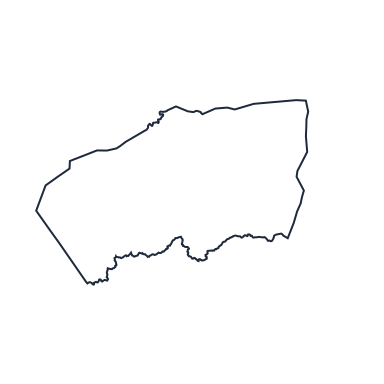 outline of Teshig, Bulgan, Mongolia, rotated 150°
{"feature_id": "93677404B98816227720270", "entity_name": "Teshig", "entity_type": "district", "adm_level": 2, "iso_a3": "MNG", "parent_name": "Mongolia", "parent_adm1": "Bulgan", "projection": "mercator", "projection_center": [103.202, 50.045], "detail": "fine", "context": "isolated", "style": "outline", "palette": "slate", "viewbox_px": 384, "rotation_deg": 150, "n_neighbors": 0, "source": "geoboundaries", "source_scale": "gbopen_adm2", "svg_char_len": 5985}
<svg xmlns="http://www.w3.org/2000/svg" viewBox="0 0 384 384"><g transform="rotate(150 192 192)"><path d="M56.4,197.9L51.2,203.5L47.7,214.2L55.9,219.5L94.5,237.5L113.7,242.1L119.3,247.5L130.1,252.6L143.6,254.1L144.0,254.1L144.2,254.5L144.3,254.6L144.3,255.1L144.3,255.3L144.6,255.7L144.6,255.9L144.7,256.3L144.6,256.7L144.6,257.0L144.9,257.3L145.1,257.6L145.2,257.8L145.7,258.1L146.0,258.5L146.3,258.9L147.3,259.8L147.7,260.1L148.0,260.2L148.6,260.3L149.6,260.3L150.9,260.5L155.3,264.0L163.1,274.1L172.4,275.0L172.7,274.8L172.9,274.8L173.8,274.8L174.1,274.8L174.4,274.9L174.8,275.0L175.1,275.1L175.7,275.4L176.2,275.5L176.9,275.8L177.3,276.1L178.0,276.7L179.1,277.4L179.3,277.4L179.9,277.3L180.1,277.2L180.5,276.7L180.8,275.8L180.9,275.2L180.9,274.9L180.3,274.6L179.2,274.4L178.6,274.1L178.4,273.8L178.3,273.6L178.3,273.3L178.4,273.1L179.6,272.2L179.8,272.1L180.5,272.2L180.8,272.1L181.0,272.1L182.7,270.8L182.9,270.8L183.1,270.9L183.6,271.2L184.4,271.5L184.7,271.7L184.9,271.7L185.3,271.6L185.5,271.3L185.6,271.0L185.5,270.2L185.6,269.9L185.6,269.7L185.8,269.3L185.9,269.1L186.7,268.6L186.8,268.7L186.9,268.8L187.3,269.6L187.5,269.9L187.8,270.1L188.0,270.2L188.6,270.3L189.3,270.5L190.5,271.2L190.8,271.3L191.1,271.2L191.4,271.1L191.8,270.5L192.3,269.9L193.0,269.4L193.2,269.2L193.6,269.2L193.7,269.3L193.8,269.5L194.0,270.0L194.2,271.0L194.3,271.9L194.4,272.1L194.6,272.2L195.0,272.1L195.5,271.9L196.6,271.5L196.8,271.4L197.0,271.3L197.1,271.1L197.4,270.5L197.5,270.2L198.3,269.4L199.2,269.0L199.6,268.9L200.3,268.6L201.0,268.6L201.8,268.7L224.2,268.6L231.5,267.7L235.6,267.5L244.9,270.4L253.5,275.5L282.2,279.9L286.4,273.5L301.2,272.3L315.5,270.9L336.3,253.7L334.0,228.9L332.6,215.1L328.7,167.5L328.7,167.1L328.3,165.1L327.0,165.3L326.1,165.2L325.2,164.7L324.8,164.0L324.5,163.6L324.2,162.8L324.2,161.8L323.6,161.1L323.2,161.0L322.5,161.8L322.5,162.3L322.1,162.4L320.1,162.2L319.9,162.0L319.7,161.6L319.3,161.0L318.8,160.9L317.8,161.2L316.1,162.6L315.8,162.5L314.9,161.9L315.0,159.9L314.6,159.4L311.7,159.6L310.5,158.5L310.2,158.0L310.0,157.9L309.8,157.7L309.6,157.8L309.2,158.0L308.3,158.5L308.2,158.9L308.2,159.6L308.3,160.4L308.5,160.7L308.0,161.2L307.8,161.7L307.0,162.3L306.6,162.6L306.4,163.7L306.2,164.6L305.7,165.2L305.3,165.4L305.1,165.8L303.7,166.9L303.4,167.9L303.1,168.1L302.9,167.7L300.8,165.8L299.8,165.2L298.9,165.5L297.7,165.1L296.9,165.3L296.0,165.4L295.8,165.5L295.6,166.3L295.4,166.5L295.2,166.5L294.4,166.3L294.1,166.4L293.8,166.9L293.7,167.7L293.2,168.5L293.2,169.1L292.9,170.1L293.2,171.1L293.2,171.4L292.8,171.7L292.2,173.5L290.8,173.5L290.0,174.3L290.0,173.8L289.7,173.4L289.0,172.9L288.0,171.8L287.2,171.5L286.8,170.7L286.2,170.1L285.3,170.1L284.6,169.9L283.4,170.2L282.6,170.2L281.7,170.3L281.2,170.3L280.6,170.0L280.4,169.6L280.5,169.0L280.1,169.0L279.5,168.7L279.2,168.5L278.1,168.9L276.4,169.3L275.2,169.9L275.4,169.0L275.5,166.9L274.3,165.1L274.3,164.9L273.5,164.8L272.9,164.6L272.4,164.7L272.1,164.6L271.4,164.3L270.8,164.2L270.0,164.6L268.7,165.6L267.7,165.6L266.1,163.6L265.5,163.8L265.3,162.6L264.9,162.3L263.7,161.5L263.7,160.8L263.3,159.9L262.8,158.8L262.8,158.1L262.4,158.2L262.0,158.0L261.7,157.8L261.5,157.4L261.2,157.5L260.6,157.9L260.0,157.8L259.4,157.7L258.6,157.9L258.0,157.9L257.6,157.7L257.1,157.7L256.5,157.1L256.1,156.3L255.2,156.0L254.3,155.8L253.0,155.9L252.4,156.1L251.7,156.1L251.2,156.2L250.8,155.6L250.2,155.1L249.7,154.9L248.7,154.7L247.7,155.1L247.2,155.2L246.5,154.6L246.2,154.5L245.4,154.9L244.9,154.9L244.0,155.0L243.3,155.6L242.8,155.5L242.3,155.5L241.8,155.2L240.8,155.6L240.9,156.5L240.8,156.8L240.4,157.2L239.0,157.2L238.0,156.5L237.7,156.6L237.0,157.3L236.4,157.3L236.1,157.5L233.2,159.5L232.7,159.5L232.4,159.7L231.5,159.5L230.2,159.9L229.4,160.4L229.0,160.2L228.5,159.8L227.4,159.4L226.4,159.5L224.0,158.8L224.1,156.8L223.8,156.1L224.1,154.9L224.6,154.6L225.1,153.8L226.3,152.5L226.8,152.2L226.9,151.6L226.8,151.1L226.3,150.8L226.3,150.5L226.7,149.7L226.0,149.1L225.6,148.2L224.9,147.5L223.5,146.7L223.1,146.0L223.0,144.5L223.1,144.3L223.3,144.2L224.3,144.2L225.8,142.6L225.5,142.3L225.4,142.0L225.6,141.2L225.7,140.9L226.7,140.3L227.0,139.9L227.0,139.4L226.8,139.1L226.7,138.7L226.8,138.4L226.9,138.0L225.7,137.0L225.4,136.6L225.2,135.7L225.2,134.3L224.4,133.7L223.5,133.9L222.9,133.8L222.3,132.9L222.3,132.4L222.2,132.4L222.1,132.1L221.7,130.8L221.4,130.2L221.5,129.6L221.4,129.5L221.0,129.3L220.8,129.0L219.9,130.2L219.1,130.1L218.5,129.6L218.4,129.4L218.4,128.8L218.0,128.5L217.8,128.2L217.7,127.8L216.7,127.2L216.4,127.3L215.8,127.0L215.3,126.9L212.5,126.9L212.2,127.3L212.3,127.6L212.3,127.9L211.8,128.6L212.2,129.2L212.3,129.8L211.9,130.3L211.8,130.7L211.2,130.8L210.5,130.6L210.1,130.6L209.6,130.9L209.1,131.0L208.9,131.6L208.8,131.8L208.6,132.5L208.3,132.8L208.1,133.1L207.7,133.1L205.4,132.0L203.6,131.2L203.5,130.8L202.8,130.7L202.5,130.5L202.1,130.2L201.9,130.3L201.4,130.6L200.2,130.9L199.5,130.3L198.7,130.5L197.7,130.3L197.2,130.3L196.3,131.2L196.0,131.3L195.6,131.2L194.0,131.6L193.2,131.4L190.5,133.0L189.6,133.1L188.2,132.5L187.7,132.6L187.0,133.0L185.3,133.5L184.9,133.5L183.8,133.1L182.1,133.4L181.6,133.4L181.3,133.1L180.1,133.1L179.2,132.9L178.3,133.2L177.8,133.1L175.9,132.4L175.6,132.1L174.2,130.6L172.5,129.5L172.0,127.8L171.7,127.7L171.0,127.5L169.5,127.8L169.3,128.0L168.5,128.0L168.0,128.2L167.4,127.8L166.7,127.0L166.6,126.6L166.3,126.2L166.0,126.1L164.6,127.2L163.7,126.7L163.2,126.1L163.1,125.6L163.2,124.7L162.3,124.4L162.1,124.3L162.0,124.0L162.2,123.5L161.8,121.9L159.7,121.1L158.2,120.2L156.5,119.7L153.2,117.1L152.1,116.9L151.7,116.6L151.6,116.3L150.9,114.6L150.8,113.4L150.5,111.6L149.4,111.4L148.4,110.0L147.9,109.8L147.5,109.7L147.0,109.8L144.9,110.9L143.9,111.9L143.4,112.2L143.1,112.8L142.9,113.0L141.3,113.2L140.6,113.0L140.3,113.0L135.6,111.4L135.0,110.2L134.8,109.9L134.8,108.7L132.2,104.1L119.3,114.4L110.7,122.6L103.6,127.8L99.3,132.6L94.4,137.3L93.8,152.9L90.2,157.5L72.2,169.1L65.5,183.3L60.8,190.7L56.4,197.9Z" fill="none" stroke="#1e293b" stroke-width="2"/></g></svg>